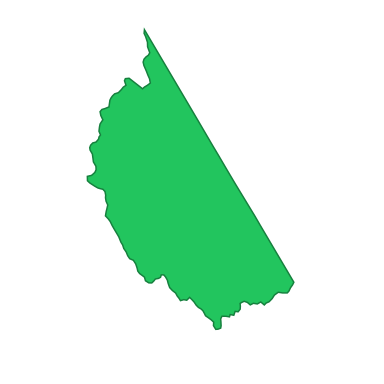 the district of Milhã, Ceará, Brazil, rotated 308°
{"feature_id": "56859067B33545091671034", "entity_name": "Milhã", "entity_type": "district", "adm_level": 2, "iso_a3": "BRA", "parent_name": "Brazil", "parent_adm1": "Ceará", "projection": "robinson", "projection_center": [-39.196, -5.645], "detail": "fine", "context": "isolated", "style": "filled", "palette": "green", "viewbox_px": 384, "rotation_deg": 308, "n_neighbors": 0, "source": "geoboundaries", "source_scale": "gbopen_adm2", "svg_char_len": 2120}
<svg xmlns="http://www.w3.org/2000/svg" viewBox="0 0 384 384"><g transform="rotate(308 192 192)"><path d="M264.3,73.5L262.1,76.2L259.0,81.9L257.0,85.2L255.1,88.8L252.2,92.1L248.5,91.1L245.4,89.9L242.9,89.5L242.9,83.5L242.9,79.4L242.9,76.7L242.9,72.4L240.3,69.7L238.1,70.3L235.4,74.3L232.3,73.3L229.3,73.3L224.9,72.8L221.7,70.6L218.7,70.2L216.3,70.3L213.8,70.8L207.9,74.2L204.1,72.0L201.6,70.2L198.7,70.1L196.1,73.1L194.0,77.3L191.3,77.5L189.0,77.7L186.2,79.1L182.6,81.3L180.6,84.8L178.3,84.8L176.1,85.8L172.2,85.6L169.6,83.6L166.5,83.3L164.0,84.1L162.3,85.9L160.6,90.1L157.4,93.4L155.0,95.8L153.1,100.5L150.5,102.7L147.5,103.4L143.2,102.6L139.9,99.9L136.5,102.7L136.2,105.9L136.7,111.6L137.2,115.2L138.1,117.6L139.3,120.1L138.8,123.1L136.4,125.9L134.2,127.4L131.8,130.0L129.9,133.6L126.3,135.3L124.0,136.3L119.9,138.5L119.3,142.5L118.4,145.7L116.4,149.8L115.0,153.2L113.8,156.3L112.8,158.9L111.6,161.9L108.7,166.9L107.6,169.9L105.5,173.0L104.2,177.1L102.2,180.6L101.1,184.0L102.1,187.8L100.7,191.9L98.4,195.4L96.3,198.0L95.5,200.9L95.6,204.2L95.6,207.0L93.4,210.0L93.8,213.9L95.6,216.3L98.1,216.7L100.9,216.7L103.3,218.8L105.4,219.7L107.8,218.8L109.3,220.8L108.8,223.4L107.4,226.8L105.3,229.5L102.9,233.3L102.3,237.2L102.3,241.3L100.9,244.5L100.3,247.1L99.3,249.8L102.1,251.8L103.5,254.5L107.5,255.0L107.1,258.5L106.6,261.4L105.4,265.0L105.0,268.1L105.4,271.0L105.2,273.6L104.1,276.2L102.8,278.9L103.0,282.2L103.1,285.7L102.8,289.2L99.9,291.2L98.4,295.3L100.0,297.0L102.4,298.4L104.5,297.3L107.4,294.8L109.7,292.7L112.6,292.1L115.0,295.3L116.7,298.4L118.9,297.5L120.6,300.8L124.5,299.5L126.0,302.1L129.3,302.1L131.8,300.4L133.8,298.5L135.9,299.3L138.0,300.4L139.1,303.6L138.9,307.4L142.1,308.9L144.0,312.4L147.7,313.9L147.5,318.5L150.2,318.8L152.9,320.3L157.3,320.8L161.5,320.4L166.1,321.7L168.3,325.6L171.1,329.2L173.5,329.4L177.1,328.6L180.8,328.4L183.6,327.8L207.7,266.4L211.6,256.7L225.1,221.0L230.8,206.4L237.1,190.5L241.0,180.4L251.9,153.0L290.6,54.6L287.5,56.6L285.9,59.8L282.6,64.7L279.1,67.6L275.7,73.0L272.8,73.4L270.2,72.6L267.2,72.4L264.3,73.5Z" fill="#22c55e" stroke="#15803d" stroke-width="1.5"/></g></svg>